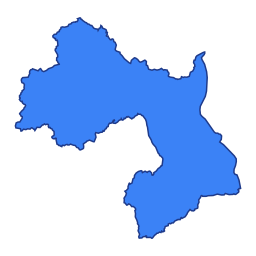 Mahakam Hulu, Kalimantan Timur, Indonesia (Robinson projection)
{"feature_id": "22746128B30313932055345", "entity_name": "Mahakam Hulu", "entity_type": "district", "adm_level": 2, "iso_a3": "IDN", "parent_name": "Indonesia", "parent_adm1": "Kalimantan Timur", "projection": "robinson", "projection_center": [114.588, 0.666], "detail": "fine", "context": "isolated", "style": "filled", "palette": "blue", "viewbox_px": 256, "rotation_deg": 0, "n_neighbors": 0, "source": "geoboundaries", "source_scale": "gbopen_adm2", "svg_char_len": 5753}
<svg xmlns="http://www.w3.org/2000/svg" viewBox="0 0 256 256"><path d="M182.1,218.3L185.2,216.7L187.1,213.9L187.5,212.7L190.0,209.5L191.5,210.7L193.5,210.9L194.6,210.3L194.6,209.3L197.6,208.2L197.9,206.9L197.7,204.9L199.0,202.2L198.7,199.8L200.4,197.6L201.1,195.8L201.8,195.5L202.6,196.3L206.1,196.3L208.2,195.7L213.1,195.5L217.3,194.1L221.5,195.0L224.1,194.9L225.3,193.5L229.1,194.6L233.0,194.4L233.9,193.8L234.9,194.4L235.7,194.4L238.6,192.2L238.9,190.9L237.9,189.8L239.1,188.6L239.3,188.9L240.6,188.4L239.0,180.1L237.0,174.9L235.0,174.3L233.9,172.6L234.1,169.2L235.5,165.6L236.3,161.6L236.2,158.8L234.3,155.9L223.5,144.7L219.7,142.0L221.3,139.4L221.6,135.9L220.4,134.3L218.6,133.9L217.9,133.2L215.6,133.1L214.2,132.0L205.2,119.1L202.1,116.5L200.4,114.4L199.9,109.8L200.3,106.3L205.3,96.4L206.5,91.1L207.2,77.6L206.6,71.7L204.6,64.3L201.9,59.4L201.5,57.6L204.1,54.7L204.8,53.2L204.7,52.0L203.3,52.4L197.0,55.7L195.9,57.0L195.1,60.0L194.9,60.3L194.1,60.2L193.7,61.3L193.6,62.8L194.6,64.4L194.9,66.5L193.8,67.4L194.1,68.6L192.7,71.1L190.4,72.3L189.3,76.3L186.9,77.2L184.3,77.0L183.4,77.4L181.5,76.7L180.8,78.7L177.6,79.4L177.0,78.9L175.8,79.0L173.6,77.6L170.2,77.1L168.5,76.4L168.4,75.4L169.0,73.8L168.6,72.4L167.7,71.7L167.2,70.1L164.6,69.7L163.6,70.1L161.4,68.4L159.5,69.5L157.0,70.1L154.3,69.3L152.0,70.2L148.6,69.2L147.5,65.5L146.4,65.3L146.2,64.8L146.4,61.5L145.2,60.3L144.6,60.2L141.9,61.7L140.2,62.2L139.1,61.4L137.7,59.5L135.7,58.1L134.4,57.8L131.4,60.3L130.6,63.4L129.3,62.9L124.4,58.8L122.2,55.8L120.0,53.6L120.0,52.3L116.5,51.1L115.4,50.0L115.2,49.3L116.3,45.1L115.1,42.3L113.9,41.7L113.4,39.6L113.1,39.2L112.1,38.9L111.3,39.7L110.3,39.7L108.2,37.0L108.2,36.2L106.5,36.1L106.4,35.5L107.3,34.3L107.0,33.8L107.4,32.5L107.0,32.1L106.1,32.4L106.5,30.9L106.0,29.6L102.5,28.0L102.0,26.4L100.9,25.5L100.4,27.8L99.3,28.2L98.1,30.3L97.9,29.4L97.4,29.1L95.2,28.8L93.7,28.1L91.8,25.5L90.5,25.4L88.9,24.1L87.6,24.0L86.5,22.7L85.5,22.5L82.3,20.2L81.9,19.5L81.0,19.3L80.7,18.3L80.0,17.8L77.6,18.7L78.0,19.0L77.9,20.6L77.0,21.7L76.4,21.5L75.7,21.7L75.3,22.2L74.1,22.0L71.7,22.8L71.2,23.7L68.9,24.4L67.9,26.3L64.6,27.2L62.3,26.9L61.0,27.4L60.9,28.7L59.3,30.4L59.3,31.5L57.3,32.3L56.3,34.1L54.2,34.4L52.8,36.0L53.2,37.5L54.1,37.8L54.5,38.4L55.5,38.5L55.4,39.7L56.2,40.5L57.1,40.2L57.5,41.1L57.9,45.7L56.3,46.6L56.3,48.4L55.3,49.0L55.2,50.5L57.6,54.7L57.7,57.0L56.7,57.8L56.6,60.4L57.5,61.3L58.0,62.7L59.0,63.6L59.2,64.3L54.4,65.5L52.5,67.3L48.5,68.7L46.5,70.4L43.8,71.6L42.2,71.0L40.6,68.6L39.6,69.1L38.1,70.8L32.5,68.8L32.0,69.5L30.8,69.7L29.8,70.9L29.5,72.3L29.8,73.3L28.1,77.2L22.7,77.6L21.5,79.0L21.3,80.2L21.9,82.6L23.6,83.3L24.4,84.7L24.0,87.5L24.3,88.1L24.0,89.2L22.9,90.3L22.1,90.7L22.2,91.6L20.9,93.1L20.8,94.3L19.5,95.7L19.6,97.6L20.1,97.7L20.2,98.4L19.4,99.4L20.4,100.9L21.5,101.7L22.1,101.4L22.6,103.1L23.9,104.2L25.2,104.6L25.6,105.6L24.9,107.1L24.2,107.7L23.7,109.2L21.3,111.4L20.5,112.7L19.7,113.3L19.6,113.8L20.9,115.5L20.9,116.0L22.2,116.6L22.2,118.2L19.8,122.0L18.1,122.0L16.2,122.9L15.4,125.9L15.9,127.9L20.4,128.7L21.0,131.1L21.9,130.9L23.5,129.2L25.9,129.6L27.6,128.8L30.1,129.1L31.4,127.8L32.3,128.0L34.0,129.4L34.4,129.3L34.9,130.5L37.0,127.3L40.0,127.5L42.5,124.9L43.3,124.9L44.4,123.9L45.6,124.7L46.8,124.2L47.9,124.3L48.4,124.8L48.3,126.4L48.7,127.5L49.6,127.3L50.3,127.6L50.3,128.4L51.9,128.8L52.5,130.1L54.0,131.4L54.2,134.8L53.7,135.5L52.0,136.6L51.9,137.6L53.0,138.6L54.2,138.9L55.4,138.2L56.2,138.4L56.0,139.4L57.0,144.2L58.0,144.6L58.9,145.5L59.8,145.4L60.4,146.1L61.2,146.1L61.8,146.6L62.4,145.3L63.1,145.2L64.3,145.7L65.6,144.8L67.1,144.4L67.8,145.0L69.3,144.9L70.5,144.1L73.4,145.2L75.3,145.5L76.7,147.4L78.3,147.9L79.5,149.7L80.5,149.9L82.9,148.8L83.5,148.2L83.7,146.8L83.4,143.8L86.2,142.0L86.6,141.3L89.5,140.1L93.3,141.7L94.2,141.7L96.0,137.2L95.3,133.9L95.8,132.6L98.4,133.2L100.6,132.3L102.2,132.2L103.1,130.7L103.7,131.3L104.1,131.2L105.1,129.2L106.3,128.6L106.6,127.3L108.2,126.5L108.4,124.9L109.5,123.2L110.8,123.3L112.2,122.6L113.4,120.3L114.3,120.0L114.5,120.5L112.9,121.9L113.2,123.1L115.4,123.4L117.6,122.0L119.1,120.3L120.9,119.7L121.2,118.8L121.7,119.8L122.8,120.1L124.2,118.9L124.2,118.3L125.3,118.5L126.7,116.8L127.5,117.1L128.1,116.5L131.8,118.9L132.1,118.3L133.7,117.8L135.1,116.1L137.3,115.0L137.8,113.6L138.8,114.3L140.6,114.2L141.8,115.5L142.7,115.6L145.5,119.3L146.4,121.8L146.9,125.3L147.5,127.1L148.7,135.6L151.2,139.9L152.0,142.4L153.1,144.2L155.7,147.1L158.2,153.2L159.2,154.1L159.7,155.6L160.6,155.9L162.6,158.0L162.9,159.1L162.1,165.4L161.5,165.9L161.2,165.7L159.8,167.5L158.2,168.5L156.2,171.1L153.8,172.7L153.9,173.8L152.9,175.2L152.0,175.0L151.6,173.0L149.8,171.1L148.2,171.5L147.2,172.4L145.1,171.2L142.4,172.6L141.8,170.9L141.1,170.7L138.4,171.5L136.2,173.0L134.5,175.4L134.3,177.8L133.0,178.8L132.0,183.0L130.0,184.1L129.5,183.2L129.1,183.4L128.0,186.7L128.1,188.5L126.3,190.5L124.9,191.2L126.4,193.2L125.8,195.5L124.0,198.2L124.3,199.6L124.1,202.7L125.0,203.0L126.7,205.1L127.6,204.9L128.6,203.9L129.5,204.2L130.3,204.7L131.7,206.6L133.4,206.5L135.5,208.4L135.6,209.9L134.9,210.5L135.5,213.6L135.3,216.9L136.8,220.0L137.6,222.5L137.5,223.8L138.5,225.0L138.9,226.4L138.5,227.1L138.7,228.5L138.1,230.8L139.6,234.2L138.7,236.9L139.2,238.1L141.9,237.9L143.2,236.7L145.1,236.5L146.0,235.8L146.6,236.2L146.3,237.2L146.6,237.5L150.6,237.4L151.6,238.2L152.4,238.1L154.7,235.1L155.7,234.6L156.7,233.3L157.9,233.2L159.5,232.1L161.0,232.5L161.7,231.1L162.6,231.9L163.6,231.6L163.7,231.2L164.1,231.3L164.5,231.0L164.1,229.0L164.7,228.5L165.2,226.5L168.2,225.6L168.3,224.0L169.7,223.4L170.7,223.8L171.9,222.9L173.3,222.9L175.1,220.8L176.5,220.3L177.3,219.6L177.8,219.9L178.7,219.4L180.0,219.7L180.7,218.8L180.6,218.3L181.3,217.6L182.1,218.3Z" fill="#3b82f6" stroke="#1e3a8a" stroke-width="1.5"/></svg>